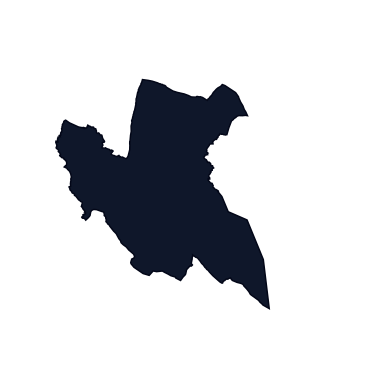 outline of Modum nor, Buskerud, Norway, rotated 48°
{"feature_id": "86288312B5778191287767", "entity_name": "Modum nor", "entity_type": "district", "adm_level": 2, "iso_a3": "NOR", "parent_name": "Norway", "parent_adm1": "Buskerud", "projection": "robinson", "projection_center": [9.903, 60.01], "detail": "fine", "context": "isolated", "style": "filled", "palette": "ink", "viewbox_px": 384, "rotation_deg": 48, "n_neighbors": 0, "source": "geoboundaries", "source_scale": "gbopen_adm2", "svg_char_len": 5990}
<svg xmlns="http://www.w3.org/2000/svg" viewBox="0 0 384 384"><g transform="rotate(48 192 192)"><path d="M64.1,260.1L66.3,260.9L67.3,261.5L67.4,261.9L67.9,262.4L67.9,263.0L68.5,263.5L69.3,263.5L70.9,263.0L71.7,263.3L72.5,264.3L74.1,264.1L76.1,264.5L76.3,265.0L76.2,265.8L76.5,266.0L79.7,265.6L80.0,265.2L81.1,264.7L81.7,265.1L84.0,264.8L85.7,265.1L87.4,266.4L87.7,267.1L88.2,267.7L87.8,268.4L87.9,270.2L90.5,269.1L91.9,269.3L94.7,269.1L97.4,270.0L100.5,271.8L100.7,272.6L101.3,273.4L102.6,274.4L103.3,275.5L104.1,276.2L104.2,276.5L106.5,278.3L106.4,279.0L105.9,279.8L106.4,280.2L107.8,280.5L108.7,281.2L110.6,281.1L112.5,281.6L114.9,280.7L115.9,281.6L117.3,281.1L122.0,281.5L123.2,281.1L124.5,281.1L126.1,280.4L126.9,281.0L128.2,283.1L128.8,283.4L128.7,283.8L130.7,284.0L131.8,284.4L134.2,284.4L134.7,284.6L135.0,285.3L135.7,284.8L136.0,285.0L136.1,285.5L136.7,285.5L137.0,285.8L136.8,286.5L136.3,287.0L136.2,287.4L136.5,287.6L136.0,288.2L137.1,289.3L136.9,290.1L137.3,290.1L137.3,290.9L138.1,290.9L138.9,290.3L139.0,289.8L139.7,289.6L141.8,289.8L141.7,286.0L141.3,283.6L138.9,280.4L138.6,279.0L138.8,277.6L139.4,276.5L141.3,274.7L146.1,272.1L147.8,271.0L149.9,272.1L150.8,273.0L152.1,272.8L153.0,273.0L153.9,273.7L154.7,273.7L155.0,273.9L155.1,274.4L156.2,275.2L156.5,275.8L157.7,275.6L159.3,276.0L160.8,275.6L162.7,276.0L168.7,276.4L172.2,276.2L177.9,277.6L180.4,277.7L182.2,278.6L185.1,278.4L189.0,277.6L192.8,277.8L198.7,277.0L199.9,277.1L200.5,277.5L201.3,277.6L201.6,278.1L202.2,279.4L201.5,281.8L202.2,282.4L202.2,282.8L203.4,284.7L204.5,285.3L209.1,285.5L219.9,282.9L225.3,279.6L224.7,273.7L227.5,271.6L230.9,266.9L233.2,266.2L237.0,264.7L240.1,263.7L244.0,261.3L245.1,261.6L250.1,259.7L249.2,255.6L249.0,252.5L248.7,251.6L246.1,248.0L245.6,243.1L246.6,242.0L246.6,241.0L246.5,240.5L244.8,240.4L244.4,240.1L242.9,238.1L241.9,237.4L242.2,237.1L240.6,235.4L240.3,234.4L239.2,233.6L242.9,232.9L244.6,232.0L248.8,232.2L251.5,232.6L253.7,232.4L256.8,232.8L257.4,232.6L259.4,232.8L261.0,232.4L263.2,232.6L268.3,232.5L277.8,231.4L279.8,230.7L280.1,230.2L279.4,228.8L279.4,227.5L279.7,227.1L279.6,225.4L279.8,224.6L280.3,224.2L280.4,223.8L280.8,223.6L280.7,222.8L281.6,220.8L282.6,221.1L284.7,221.2L289.3,219.0L292.3,217.0L294.1,216.1L295.1,215.9L296.4,216.3L300.4,216.2L304.1,216.4L307.3,217.1L317.0,215.0L319.6,215.2L321.6,214.9L323.5,214.9L330.3,212.6L289.9,184.2L249.6,169.8L230.9,178.3L215.3,172.8L209.0,172.5L208.8,172.4L209.1,172.2L209.1,171.9L208.5,171.8L206.2,172.5L205.5,173.0L204.8,173.1L204.1,172.9L202.5,173.3L201.8,172.7L201.6,172.1L199.1,171.3L198.7,171.4L198.3,171.9L197.6,172.2L194.0,172.1L193.1,171.2L193.8,170.9L193.8,170.5L194.1,170.3L194.2,170.0L193.4,169.8L193.1,169.3L191.8,169.3L190.7,168.2L190.6,166.6L190.0,164.9L189.3,164.8L189.2,164.6L189.5,164.4L189.0,164.1L189.3,163.5L189.1,162.6L189.3,162.4L188.5,161.8L188.4,161.0L188.6,159.8L187.5,159.8L186.3,159.2L186.0,159.4L185.9,159.9L184.3,159.9L183.2,159.1L181.1,159.4L180.7,160.5L180.3,160.7L179.8,160.3L177.6,159.8L175.6,160.4L174.0,160.1L174.0,158.9L173.3,157.6L174.0,156.8L174.2,155.9L174.7,155.4L173.6,154.5L173.7,154.1L171.7,154.3L171.0,153.1L170.3,152.9L169.7,151.8L168.9,148.1L168.6,147.7L168.4,146.6L168.6,146.1L169.1,145.7L169.0,145.2L170.3,144.3L169.7,143.6L169.1,143.6L168.2,142.9L168.5,142.4L168.3,141.4L168.5,139.7L168.6,139.2L169.2,138.7L169.1,137.9L168.7,137.3L168.7,136.9L168.3,136.6L168.6,136.0L168.2,135.8L167.8,134.0L168.0,133.6L167.4,132.3L168.8,131.5L169.4,130.7L170.9,129.9L171.0,129.7L172.2,128.8L172.4,128.0L172.7,127.7L168.9,121.6L165.6,115.1L165.8,112.7L165.5,111.7L165.9,109.7L165.8,107.9L166.5,106.1L169.0,103.5L170.8,101.0L172.4,99.7L168.3,98.4L165.8,98.0L161.9,96.5L157.7,95.7L153.4,94.3L152.3,93.7L147.3,93.1L134.9,96.3L132.4,97.6L132.7,100.1L132.0,102.9L131.9,105.1L132.3,108.9L132.2,109.2L133.5,113.3L133.2,114.1L133.7,116.0L133.8,117.3L133.6,117.7L133.8,118.0L134.1,119.4L128.8,120.9L126.6,122.2L126.3,122.9L124.7,124.0L124.1,124.8L124.2,125.3L123.7,126.1L120.9,128.9L117.9,130.1L113.9,132.2L108.1,136.3L104.2,138.6L97.0,140.9L95.8,140.7L94.6,140.9L94.2,141.1L93.8,141.7L92.4,141.9L92.1,142.6L90.6,143.0L90.1,143.6L87.8,144.6L83.2,147.3L79.8,149.8L75.3,153.6L77.0,156.2L77.4,156.9L77.2,157.2L78.0,158.0L78.5,159.7L79.0,160.6L79.0,161.2L79.5,161.8L80.1,163.4L80.9,164.2L81.4,163.9L81.6,164.9L81.9,165.1L81.5,165.6L84.8,170.0L85.4,171.2L87.8,173.4L88.3,174.4L88.9,174.5L89.9,175.9L92.9,180.0L93.5,181.4L94.5,182.5L95.2,183.9L95.7,184.4L96.9,186.3L97.4,186.8L98.6,189.1L100.2,190.1L102.2,193.1L106.3,196.6L108.7,199.7L112.7,204.0L112.7,204.3L113.5,205.1L114.7,206.2L115.5,206.7L119.0,210.1L122.6,215.5L123.2,217.4L123.1,218.8L121.9,219.4L119.5,220.3L119.0,221.2L117.5,221.7L117.4,222.2L116.0,221.8L115.7,222.3L115.8,223.4L115.4,223.6L115.2,224.2L114.4,224.8L112.5,225.6L112.3,226.0L111.2,226.5L109.6,226.8L109.1,225.7L109.2,225.0L108.8,224.3L108.9,223.5L108.5,223.2L108.2,223.2L106.9,223.9L107.1,224.2L106.6,225.1L105.2,224.9L103.8,225.7L103.9,225.9L101.2,226.8L101.1,227.5L99.0,229.3L98.3,228.7L97.6,226.9L95.3,225.8L95.3,225.3L96.2,224.0L96.1,223.4L95.7,223.1L92.3,222.5L89.5,221.0L89.1,221.1L88.3,222.0L85.8,221.8L85.5,222.0L85.2,222.8L84.4,223.2L83.7,223.1L82.7,222.2L81.4,221.7L81.0,221.3L80.2,221.5L79.5,222.2L77.9,221.8L76.9,222.8L77.0,222.9L76.8,223.6L75.1,223.7L74.4,224.2L72.6,224.7L73.1,225.8L73.5,226.0L73.3,226.3L73.8,227.2L73.7,227.9L73.1,228.3L73.3,228.8L72.7,229.5L72.2,229.0L71.6,229.3L71.2,229.7L71.3,230.1L67.8,232.8L58.6,236.8L54.1,237.8L53.8,238.7L53.9,239.4L53.7,239.8L54.1,240.5L54.8,241.1L54.7,241.5L55.3,243.4L56.0,243.9L56.5,244.9L57.4,245.8L57.7,246.6L58.7,247.1L59.5,247.8L59.9,248.8L60.3,249.0L60.0,249.4L60.3,250.1L62.0,251.7L61.9,251.9L61.3,252.5L61.7,252.9L62.0,252.7L62.5,252.9L62.0,253.2L62.4,253.3L62.3,253.7L61.6,254.8L62.3,255.6L62.2,255.9L62.4,256.1L63.0,256.3L63.3,256.7L63.1,256.8L63.4,257.5L64.9,258.0L64.1,258.6L64.7,259.1L64.3,259.5L63.9,259.5L63.7,259.0L63.3,259.2L64.1,260.1Z" fill="#0f172a" stroke="#020617" stroke-width="1.5"/></g></svg>